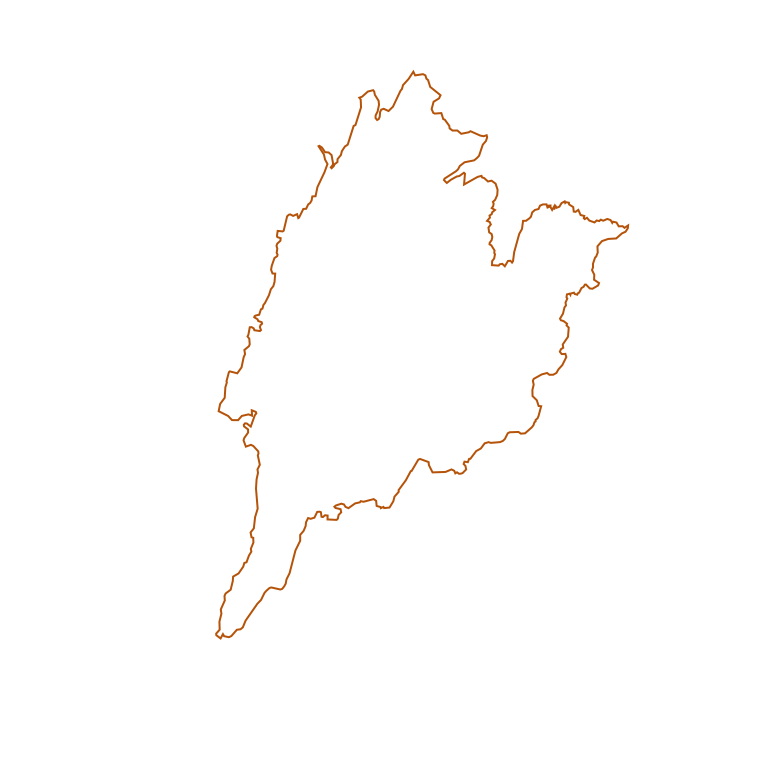 the district of Kale, Sagaing, Myanmar, rotated 24°
{"feature_id": "60261553B8221618130624", "entity_name": "Kale", "entity_type": "district", "adm_level": 2, "iso_a3": "MMR", "parent_name": "Myanmar", "parent_adm1": "Sagaing", "projection": "equal_earth", "projection_center": [94.431, 22.954], "detail": "fine", "context": "isolated", "style": "outline", "palette": "amber", "viewbox_px": 768, "rotation_deg": 24, "n_neighbors": 0, "source": "geoboundaries", "source_scale": "gbopen_adm2", "svg_char_len": 6156}
<svg xmlns="http://www.w3.org/2000/svg" viewBox="0 0 768 768"><g transform="rotate(24 384 384)"><path d="M239.0,445.6L239.8,446.5L240.4,451.5L244.1,461.4L242.4,468.8L244.0,476.1L254.6,476.6L259.8,478.8L265.4,476.4L267.1,471.0L272.5,466.9L276.3,466.6L273.9,461.8L278.2,461.6L279.3,462.7L278.7,465.2L279.6,477.1L274.8,475.9L273.1,476.4L272.5,478.2L273.3,479.6L278.3,480.8L279.6,483.7L278.3,490.2L278.6,492.6L283.3,497.4L287.2,493.7L289.9,493.8L296.5,496.7L297.6,498.5L297.8,500.6L303.4,508.3L303.2,513.6L305.0,516.3L306.4,523.0L309.6,531.6L319.3,549.3L320.4,558.1L323.8,568.8L322.5,573.9L325.3,577.9L327.1,577.7L329.2,582.0L329.4,588.8L331.0,591.1L330.4,595.6L330.9,602.8L329.2,604.3L329.7,608.1L328.2,616.2L324.5,621.3L326.0,625.5L327.6,634.3L324.5,639.8L324.5,642.5L326.6,646.5L326.6,656.3L328.9,660.0L330.3,668.0L333.8,675.3L332.2,680.3L333.0,681.7L338.2,682.9L338.6,678.0L340.5,679.4L345.3,678.4L347.1,676.3L349.5,668.4L352.7,666.4L354.0,663.7L353.8,656.5L357.7,636.2L359.5,631.3L359.8,623.5L360.6,620.8L362.4,616.9L363.8,615.7L372.9,613.9L374.3,612.6L375.1,609.6L375.4,606.4L374.4,602.2L374.7,595.3L370.8,572.1L371.2,561.3L368.8,555.9L370.3,550.9L370.2,545.7L369.0,542.0L369.2,537.3L371.8,537.0L374.8,534.4L375.0,528.0L377.3,526.8L378.5,526.8L380.9,530.7L382.3,530.4L383.5,527.9L386.0,527.1L387.5,530.7L396.0,527.4L396.6,525.8L395.8,522.1L397.1,518.6L395.2,516.0L390.1,517.0L388.6,516.3L389.5,514.5L393.7,510.7L396.4,510.3L398.8,511.9L402.0,511.9L406.2,504.8L410.1,501.9L410.4,500.5L413.2,499.9L421.3,493.4L424.3,493.9L426.9,498.4L430.9,497.8L431.6,498.7L433.5,496.5L434.6,497.3L439.3,494.6L440.2,487.4L439.4,482.6L441.3,476.5L440.5,475.0L443.1,463.1L443.9,452.7L444.6,452.2L446.1,439.2L447.4,437.8L456.5,437.2L458.0,439.8L464.3,445.0L476.0,439.3L480.4,434.6L483.5,434.7L485.5,436.6L486.6,435.0L489.1,435.5L490.7,434.6L492.0,433.5L493.8,428.6L491.7,425.7L489.3,424.7L489.1,422.2L492.4,421.3L492.2,417.8L493.3,417.2L495.5,407.8L498.7,403.5L500.1,397.2L503.2,394.6L505.6,394.3L513.6,389.9L515.7,387.7L516.8,385.0L517.1,378.7L518.4,377.0L526.4,373.1L529.2,373.7L532.9,371.7L536.6,363.6L537.3,360.8L537.0,357.7L537.7,356.5L537.1,355.3L538.2,352.9L538.2,350.4L536.6,340.4L534.2,341.2L530.2,336.7L524.6,334.6L522.0,329.1L521.0,323.7L518.7,320.5L518.7,318.4L524.2,311.1L528.5,307.6L531.4,308.3L534.8,306.7L537.0,303.8L537.4,299.7L539.2,294.2L539.6,285.2L537.4,282.7L534.2,284.4L531.5,283.0L531.5,280.2L533.0,278.0L531.2,275.2L532.9,266.0L529.8,257.3L526.9,256.2L526.7,254.5L522.6,253.5L519.6,253.8L518.2,252.7L518.9,246.9L517.7,240.6L518.3,238.2L516.7,235.8L516.7,231.4L515.4,230.5L514.7,227.7L516.8,226.0L517.9,226.7L517.6,225.6L520.4,223.3L521.6,224.2L524.2,223.8L524.2,222.3L525.1,221.2L525.4,215.9L526.8,214.1L527.1,211.5L528.1,211.0L533.1,213.0L535.7,212.2L539.5,206.9L539.4,204.3L533.5,203.3L531.7,198.7L527.7,195.3L527.5,192.4L526.0,189.2L525.4,182.7L526.0,181.2L525.8,177.0L523.0,171.4L525.0,164.8L529.8,160.3L536.9,156.6L540.2,149.5L542.7,146.7L543.4,142.6L542.5,139.9L540.2,143.5L537.8,142.8L534.3,144.5L530.7,141.9L527.2,142.6L527.0,144.0L524.3,142.1L520.9,142.4L517.8,145.7L515.2,145.7L514.4,147.6L511.8,148.1L510.6,150.8L505.1,151.2L501.8,149.6L500.3,151.7L499.1,151.3L498.6,149.0L494.9,149.7L490.7,145.9L489.0,148.8L487.2,149.3L484.9,145.4L480.1,144.7L479.2,143.2L476.3,143.9L475.9,144.9L474.8,143.7L472.6,146.6L472.1,150.7L470.0,152.8L468.5,151.7L468.4,155.4L467.2,152.9L466.8,156.6L464.2,154.7L463.5,153.2L461.9,154.1L463.1,154.8L461.6,156.3L459.4,153.8L456.0,155.4L454.0,157.6L454.0,161.3L451.1,163.6L449.6,166.9L450.2,171.3L449.5,173.4L447.4,177.1L444.7,178.4L447.0,186.3L446.5,191.9L449.3,210.6L451.9,219.3L451.6,221.0L449.4,220.0L447.2,221.2L446.5,227.3L443.2,226.1L441.1,227.5L440.6,229.2L434.3,231.5L432.8,227.7L433.6,224.5L432.6,220.3L431.4,219.4L430.7,217.1L425.7,213.7L423.6,213.5L423.1,212.1L423.8,208.9L423.2,205.7L421.3,203.2L418.4,202.7L415.8,198.6L416.7,194.8L414.6,193.0L411.8,193.1L413.1,188.9L411.9,187.2L413.3,185.0L413.0,183.1L414.6,179.9L410.9,179.5L411.4,177.2L410.8,174.6L409.4,173.3L410.6,170.6L410.6,165.4L408.8,160.4L404.5,155.6L399.6,154.5L396.6,156.7L391.7,155.1L389.6,155.4L388.4,154.2L385.3,156.7L376.0,169.2L372.4,158.9L371.1,158.5L368.2,163.4L366.1,164.8L362.1,170.1L359.6,174.8L355.8,173.3L355.8,171.7L363.2,160.4L364.3,157.9L364.6,153.9L367.4,148.7L375.4,143.0L377.2,139.3L378.0,136.8L376.9,125.2L378.3,120.5L377.9,116.7L376.6,115.0L374.3,117.1L370.9,117.9L360.2,117.9L359.0,119.6L352.8,124.0L348.0,122.6L343.5,124.6L340.0,123.8L338.6,121.6L332.0,117.8L330.4,117.9L326.2,113.2L320.4,116.3L318.8,116.3L315.7,113.5L314.5,106.0L318.1,100.7L318.2,97.2L305.4,93.8L300.6,88.4L298.5,87.8L296.3,85.2L293.6,85.1L286.9,89.4L283.8,86.8L282.4,95.3L279.8,103.2L280.4,107.2L279.8,109.3L279.4,127.0L277.1,132.8L271.8,132.7L269.9,134.5L269.8,137.0L271.4,141.7L271.4,144.2L270.3,145.6L268.1,144.5L267.1,142.0L267.3,137.6L265.9,131.0L263.9,127.5L258.0,123.5L256.1,120.8L254.6,120.0L250.3,123.4L247.1,130.5L245.0,132.5L247.0,133.6L250.5,140.6L252.6,159.0L251.3,160.6L253.5,180.1L251.7,182.9L250.8,188.5L251.5,192.3L250.1,197.5L251.2,200.2L249.4,203.5L249.5,205.3L248.4,208.2L247.3,207.7L248.1,204.8L247.8,203.3L243.0,196.2L239.3,195.0L235.9,196.2L231.1,193.2L228.1,192.7L227.5,193.4L235.8,198.8L238.8,202.9L242.9,206.0L243.5,214.9L243.1,231.2L245.1,240.3L242.2,241.8L243.2,245.7L242.9,248.6L241.7,250.8L241.6,255.6L239.1,256.9L238.7,266.6L238.2,267.3L235.5,264.2L232.6,267.4L229.4,267.2L228.2,268.1L227.3,270.2L230.0,284.8L229.4,285.8L224.6,287.4L226.0,292.3L226.9,293.2L230.3,292.8L231.1,295.3L229.4,299.1L229.6,301.5L231.5,303.8L232.6,307.8L234.2,309.2L234.4,310.7L232.7,313.5L233.4,321.8L234.4,325.6L237.2,328.4L239.7,327.4L242.5,335.3L243.1,339.6L242.1,343.4L242.8,349.7L242.3,358.7L241.7,360.7L242.3,364.6L241.2,365.9L241.8,371.5L239.3,373.3L238.2,374.6L238.3,375.8L242.1,376.3L243.5,377.6L247.1,377.3L248.1,378.5L247.2,380.5L247.5,382.5L249.7,384.8L249.1,386.1L243.7,387.6L242.4,386.2L239.9,385.9L238.3,386.8L240.1,394.2L240.0,396.1L242.5,397.4L245.2,402.4L245.2,404.5L242.6,409.7L244.9,413.2L244.9,416.6L247.1,426.8L245.6,433.9L238.0,435.2L237.5,436.3L239.0,445.6Z" fill="none" stroke="#b45309" stroke-width="2"/></g></svg>